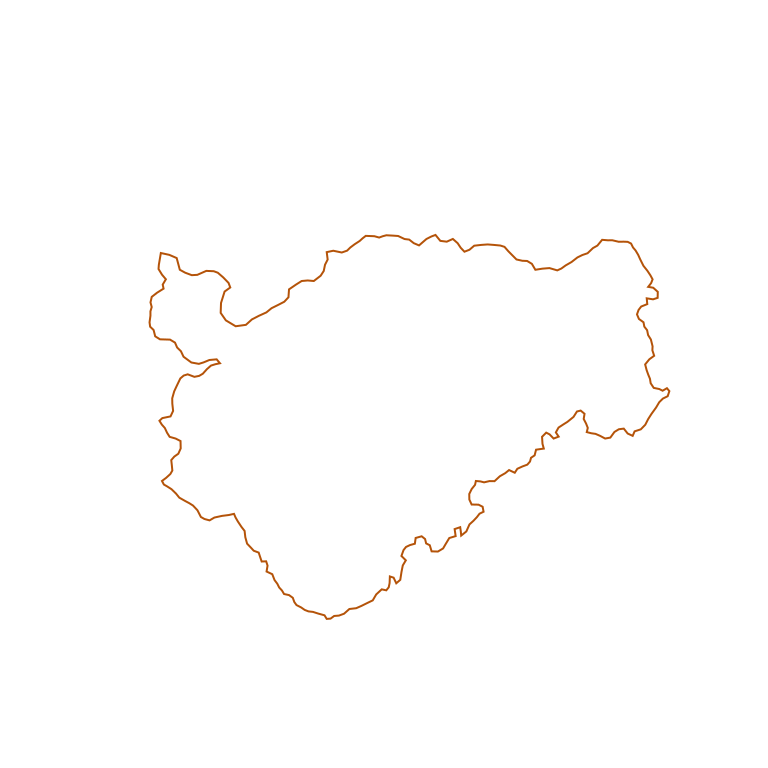 São Luís de Montes Belos, Goiás, Brazil (Mercator projection), rotated 207°
{"feature_id": "56859067B21556461404452", "entity_name": "São Luís de Montes Belos", "entity_type": "district", "adm_level": 2, "iso_a3": "BRA", "parent_name": "Brazil", "parent_adm1": "Goiás", "projection": "mercator", "projection_center": [-50.378, -16.461], "detail": "fine", "context": "isolated", "style": "outline", "palette": "amber", "viewbox_px": 768, "rotation_deg": 207, "n_neighbors": 0, "source": "geoboundaries", "source_scale": "gbopen_adm2", "svg_char_len": 4354}
<svg xmlns="http://www.w3.org/2000/svg" viewBox="0 0 768 768"><g transform="rotate(207 384 384)"><path d="M535.9,234.3L535.6,228.5L537.9,224.1L539.0,219.6L536.1,215.2L533.3,210.8L533.5,206.8L535.5,201.5L537.8,196.8L534.5,194.5L530.7,194.3L525.6,193.8L519.5,191.9L514.8,189.8L508.3,189.5L503.4,189.4L499.0,189.0L492.9,186.8L486.8,182.4L482.7,182.2L477.5,183.3L474.5,188.0L468.4,193.0L462.8,196.8L458.7,200.2L455.7,197.7L451.7,195.1L446.0,191.9L441.5,189.8L438.0,184.5L433.5,179.6L428.1,177.7L424.4,176.3L419.1,176.9L415.5,173.3L412.4,170.3L408.5,172.5L405.3,169.3L403.5,163.6L397.2,163.8L392.5,159.6L388.4,157.6L385.0,155.1L381.2,153.7L377.7,151.5L372.8,152.8L368.2,152.1L364.9,149.0L361.6,147.3L356.4,147.3L352.1,146.7L348.1,147.1L343.8,148.7L338.3,149.6L332.0,150.9L328.4,148.7L325.1,150.7L323.1,154.7L319.0,157.2L315.3,161.2L312.7,167.8L307.0,171.6L303.4,176.0L299.3,181.5L295.8,186.1L295.4,193.0L292.8,200.0L288.3,201.2L287.5,205.0L288.6,209.1L291.4,215.2L287.5,215.8L282.6,212.0L280.6,216.9L283.1,224.5L284.9,230.9L284.5,236.8L290.4,238.7L291.2,244.9L290.4,248.8L287.7,252.3L284.0,255.7L285.9,261.2L281.3,265.4L277.0,264.5L274.1,261.1L270.0,261.1L265.6,256.5L259.9,259.2L256.7,264.3L256.4,269.5L255.9,276.4L251.1,281.0L255.2,286.8L251.1,291.0L248.7,287.6L246.4,284.0L243.7,290.0L244.1,297.7L242.2,302.7L240.8,307.5L240.0,311.8L237.3,315.4L240.4,319.4L245.0,319.4L251.2,316.4L255.5,319.8L258.1,324.7L258.2,330.2L257.1,335.5L258.1,339.3L253.8,341.0L250.2,341.8L245.9,345.4L241.4,347.6L238.9,354.4L235.5,359.6L233.5,364.1L227.2,364.3L226.7,369.0L223.2,373.4L219.7,377.2L218.7,381.2L219.5,385.0L217.4,388.8L218.7,394.5L212.3,399.0L215.6,402.6L219.2,408.7L217.4,414.3L213.6,414.3L208.1,412.4L204.5,416.4L208.9,418.9L208.7,424.4L205.8,429.5L203.4,433.5L200.2,440.7L199.6,447.1L196.7,449.6L191.8,448.5L190.2,443.5L186.0,440.5L182.5,437.4L181.5,433.2L177.0,434.2L172.9,435.6L167.9,435.9L162.2,435.8L158.0,439.0L156.9,445.9L154.2,450.3L150.1,453.1L144.4,450.5L138.9,450.7L139.2,455.6L134.6,460.2L132.7,466.3L132.7,472.7L132.1,478.8L130.9,486.5L130.5,492.7L128.9,497.6L125.7,501.9L126.5,507.2L130.0,508.7L132.7,504.5L136.4,504.5L141.9,503.0L146.7,505.7L149.4,509.4L152.8,512.3L156.3,515.6L160.2,520.0L158.8,526.5L156.1,531.8L160.2,535.9L161.8,539.5L166.4,544.8L170.9,547.5L174.0,551.4L178.1,553.3L180.8,556.8L186.4,557.7L190.2,560.9L190.8,565.6L190.0,569.8L185.7,574.7L188.8,579.6L182.7,581.6L179.3,585.0L181.9,590.4L187.8,592.0L192.7,590.5L191.8,595.2L192.2,599.2L196.0,601.8L200.8,604.5L206.5,607.1L212.2,611.3L216.2,614.5L220.5,617.2L224.1,618.7L227.6,621.3L231.4,621.3L235.1,619.6L239.4,617.3L245.9,615.7L249.7,613.7L255.1,611.5L256.7,604.2L259.5,600.0L262.0,592.9L265.8,589.0L269.1,584.6L272.3,577.8L276.0,572.1L278.4,567.4L281.2,563.9L289.2,562.4L295.2,558.7L301.0,554.5L306.8,558.2L312.3,558.6L316.7,556.6L322.5,555.1L333.4,558.7L338.9,560.9L343.2,560.2L349.5,557.7L355.0,555.4L360.3,552.2L366.4,548.2L368.8,542.4L372.4,538.4L377.5,540.2L382.3,542.9L388.5,544.5L392.7,539.3L398.8,537.1L405.8,540.2L408.8,536.9L412.0,532.5L415.7,523.4L421.4,523.0L427.1,524.1L431.5,522.5L438.6,522.3L443.3,520.3L449.4,517.6L452.2,515.1L454.8,512.3L459.7,511.3L467.5,507.7L469.2,504.1L470.6,500.4L473.6,495.2L476.0,490.3L477.4,486.1L481.3,482.0L489.7,479.7L494.9,475.5L490.7,469.3L490.7,463.5L489.0,457.3L489.6,451.7L493.3,443.9L499.0,441.6L504.1,438.4L507.5,432.7L511.6,425.2L508.5,417.9L510.2,412.0L514.3,406.3L518.6,400.5L521.3,394.4L526.4,388.0L531.0,381.6L533.9,374.0L542.4,368.1L553.8,368.9L561.8,373.2L566.0,382.2L568.0,394.0L564.8,400.2L568.4,403.5L575.7,406.0L582.6,407.7L586.9,407.2L593.7,404.1L599.9,396.5L604.7,393.7L611.7,392.9L617.8,393.1L625.9,402.1L633.9,401.6L642.3,399.4L638.7,387.9L637.1,384.1L631.4,380.6L625.9,378.3L626.3,372.1L623.7,368.9L627.7,362.2L630.5,356.2L629.1,350.7L625.9,347.1L625.1,342.7L623.1,338.8L620.9,332.5L618.4,328.9L613.8,327.5L609.5,322.6L603.9,322.1L594.8,326.4L589.0,326.0L584.9,322.6L579.8,321.0L575.0,317.3L565.4,315.7L558.1,317.9L554.6,321.3L550.5,326.1L544.3,330.0L539.6,328.0L543.2,325.1L546.5,321.9L548.5,316.9L550.1,310.9L552.4,307.3L556.2,304.3L563.3,303.5L566.3,300.6L568.0,296.5L567.8,287.6L567.6,282.2L566.2,275.1L563.7,270.4L559.7,264.3L559.5,258.2L566.0,253.0L567.4,249.3L563.6,247.0L559.3,245.3L555.2,242.1L551.0,239.6L544.9,240.8L539.4,240.8L535.9,234.3Z" fill="none" stroke="#b45309" stroke-width="2"/></g></svg>